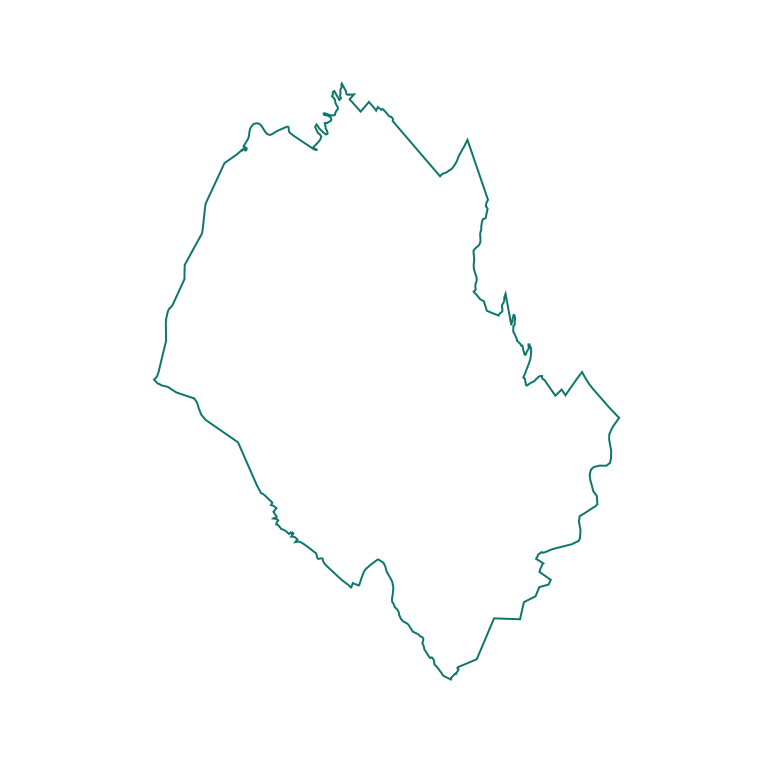 Bascov, Arges, Romania (Equal Earth projection), rotated 80°
{"feature_id": "2599482B67897088940014", "entity_name": "Bascov", "entity_type": "district", "adm_level": 2, "iso_a3": "ROU", "parent_name": "Romania", "parent_adm1": "Arges", "projection": "equal_earth", "projection_center": [24.784, 44.893], "detail": "fine", "context": "isolated", "style": "outline", "palette": "teal", "viewbox_px": 768, "rotation_deg": 80, "n_neighbors": 0, "source": "geoboundaries", "source_scale": "gbopen_adm2", "svg_char_len": 6136}
<svg xmlns="http://www.w3.org/2000/svg" viewBox="0 0 768 768"><g transform="rotate(80 384 384)"><path d="M339.8,609.7L344.3,606.7L345.1,605.2L346.7,603.4L349.3,597.4L356.3,589.9L365.3,573.4L370.0,571.3L376.1,570.6L382.5,569.3L388.3,566.0L416.1,537.9L462.4,526.6L470.1,524.0L471.5,522.0L473.7,520.2L476.4,518.3L481.3,514.6L483.6,516.3L484.3,514.8L485.1,513.8L487.6,511.5L490.6,515.1L492.4,514.4L493.9,513.7L495.9,512.7L496.6,513.1L497.0,514.7L496.9,515.8L497.2,516.4L498.4,513.0L499.9,511.8L501.4,513.4L503.5,514.6L503.8,513.6L504.3,513.1L504.8,512.5L505.7,512.2L507.2,511.2L508.8,510.5L510.1,508.3L510.9,507.2L512.5,505.6L515.3,503.5L514.0,501.7L515.2,501.0L514.4,499.9L515.4,499.2L518.2,501.9L518.9,499.1L519.7,498.1L522.0,496.3L524.3,498.8L524.3,495.6L524.7,494.4L525.4,493.4L527.2,491.3L529.9,488.6L538.6,480.6L539.5,480.2L543.5,479.9L544.5,479.5L544.8,479.0L544.8,475.6L545.1,475.0L545.8,474.7L548.0,474.6L549.2,474.4L550.7,473.7L552.5,472.6L559.1,467.6L565.9,462.5L569.9,459.4L575.9,453.8L578.7,452.0L578.7,451.7L576.9,450.5L574.6,449.3L578.1,443.9L577.8,443.4L570.6,439.5L566.5,437.1L564.8,435.8L563.8,434.9L562.8,433.7L559.5,428.2L558.3,425.7L555.7,420.6L556.7,419.0L560.1,415.5L564.5,414.3L567.6,414.2L569.4,413.9L578.3,410.7L580.8,410.2L586.3,410.2L593.1,412.0L595.7,413.1L599.4,413.8L600.6,413.5L602.2,412.8L605.6,412.1L608.8,409.9L610.1,409.4L611.7,409.1L613.9,409.2L618.1,408.2L621.3,406.2L623.5,403.2L625.2,401.8L632.8,398.7L636.5,393.6L638.5,392.4L639.9,390.3L641.5,389.5L643.9,390.1L645.8,391.3L648.6,390.5L652.6,390.3L656.6,388.5L658.2,388.0L661.9,386.1L661.5,384.5L663.4,383.3L665.2,382.8L669.1,383.0L671.4,381.2L673.9,379.9L679.6,377.1L680.5,377.0L682.2,375.6L687.3,368.5L685.9,370.1L681.5,364.1L682.1,363.6L678.2,360.2L677.2,360.9L676.7,361.0L676.0,360.1L675.7,360.3L675.6,360.1L675.5,359.4L671.2,340.5L633.9,316.3L639.3,290.9L623.1,284.1L619.4,271.6L611.0,266.4L610.1,256.7L605.8,253.8L596.1,263.5L593.0,262.0L589.0,259.2L588.3,258.2L582.6,264.6L580.5,262.9L580.3,262.7L578.6,261.5L576.9,258.0L577.8,257.0L577.4,253.3L576.2,248.7L575.7,244.5L574.4,226.9L572.3,219.5L569.9,217.8L561.7,215.8L553.3,216.0L548.1,214.2L546.5,209.9L542.4,200.3L541.0,196.8L539.3,194.7L531.1,193.9L526.2,196.4L520.6,196.9L514.2,197.5L508.9,197.2L504.2,195.0L502.2,191.8L501.8,185.3L502.4,183.3L503.0,179.0L501.0,175.2L496.8,173.4L489.4,171.9L477.9,171.9L472.7,170.9L468.2,167.9L464.7,165.0L458.2,158.3L446.4,166.2L424.7,179.3L419.6,182.0L413.1,184.7L406.6,186.9L412.4,193.1L426.3,207.0L426.6,207.2L420.3,210.1L423.8,215.0L425.3,217.3L408.7,224.9L407.9,225.3L407.5,225.7L407.1,226.2L406.8,226.8L406.4,227.0L405.7,227.1L404.8,227.2L403.6,227.0L403.3,229.1L404.1,231.1L404.9,231.9L405.6,233.5L406.9,234.8L407.6,236.4L408.1,238.3L408.7,240.2L410.3,243.3L410.1,244.0L409.5,244.3L403.9,244.4L403.1,244.4L402.0,245.6L401.6,245.6L397.7,242.9L395.3,241.6L389.9,238.3L385.0,235.6L380.1,234.0L376.2,233.2L373.7,233.0L373.6,233.8L371.9,233.7L370.2,233.9L370.1,234.9L373.9,235.2L374.4,235.5L377.1,237.8L378.6,238.7L379.1,239.0L379.6,239.3L379.8,239.6L379.7,240.1L379.4,240.4L379.0,240.5L377.8,240.5L375.4,240.9L370.2,241.0L370.1,242.2L368.8,242.5L368.0,242.8L367.6,243.4L365.7,244.5L364.6,245.5L363.9,245.6L363.4,245.4L362.9,245.4L361.9,245.6L361.2,245.7L360.2,246.0L359.5,246.3L358.6,246.4L357.9,246.5L357.0,247.0L354.7,247.6L353.4,247.4L351.0,246.8L350.3,246.8L349.3,246.2L348.5,245.3L347.5,244.7L344.8,244.5L343.2,243.7L341.4,243.5L339.6,243.7L339.0,243.5L338.5,244.4L340.3,245.2L348.2,248.4L316.2,248.6L319.3,250.4L322.6,251.0L324.8,252.2L326.0,253.4L326.8,254.0L327.5,254.3L328.3,254.4L329.5,254.4L331.5,254.5L332.9,254.8L333.4,255.3L334.7,257.7L335.5,258.6L336.5,259.2L333.8,263.7L329.7,270.0L319.8,271.3L317.3,274.5L311.9,277.5L308.7,279.7L306.9,277.3L304.1,277.2L301.3,276.5L299.0,275.0L295.4,274.3L286.8,275.5L282.7,275.1L276.9,273.5L268.4,272.8L266.2,270.5L263.9,266.5L261.8,264.9L259.2,264.0L252.7,263.2L248.1,261.2L245.9,260.9L241.5,259.4L238.9,258.0L238.4,255.2L229.4,251.5L226.4,252.8L223.2,251.6L220.7,249.6L158.1,259.4L164.8,264.4L166.8,266.3L168.5,267.5L172.5,270.8L177.4,273.7L180.0,275.9L181.8,277.6L183.0,278.9L184.2,280.6L185.1,282.9L186.5,285.7L186.8,288.3L187.3,289.9L188.1,291.4L189.2,292.7L144.8,319.0L126.5,329.8L125.1,329.2L123.9,329.4L123.3,329.8L123.0,329.9L122.1,330.5L122.1,330.8L121.2,332.4L116.6,335.1L113.8,336.9L112.9,337.8L113.6,338.9L110.2,342.0L113.4,344.3L110.7,345.6L105.8,348.6L103.6,349.8L111.7,359.7L97.6,368.4L93.6,363.3L93.3,366.1L92.8,368.5L93.0,368.5L92.6,369.9L92.4,370.4L92.0,370.6L89.2,370.6L80.7,373.4L81.5,374.0L83.5,374.1L84.8,374.4L86.7,376.0L90.8,376.4L92.6,377.4L95.2,376.7L96.5,378.7L86.8,382.1L87.1,382.8L87.3,383.1L88.0,383.9L90.0,384.0L91.6,385.3L93.6,383.7L94.5,383.5L94.5,383.3L96.4,383.0L99.4,382.9L101.2,382.3L103.8,381.4L105.3,381.8L105.9,382.4L106.6,383.5L108.6,384.8L110.6,385.8L110.8,387.1L110.2,388.6L110.6,390.1L109.8,390.5L107.6,394.3L107.1,395.6L107.1,396.4L108.0,396.5L108.3,396.1L108.0,395.8L108.8,395.8L110.2,392.1L112.3,390.2L114.4,389.9L115.6,390.6L116.0,391.9L116.4,393.6L117.2,394.5L116.7,396.9L116.7,397.0L120.7,396.9L122.2,397.1L123.8,396.5L125.6,396.1L127.5,396.0L128.1,396.8L128.2,397.9L125.9,400.0L121.2,403.3L116.7,405.3L118.6,407.1L118.8,407.2L119.0,407.2L125.5,405.4L126.8,403.9L129.4,402.8L132.2,404.3L134.4,406.7L138.9,412.9L140.0,411.7L141.4,409.6L141.9,409.8L141.4,411.2L140.0,413.0L123.8,429.9L120.2,433.1L118.9,433.6L116.6,433.6L114.7,433.4L114.0,433.8L113.8,435.3L116.4,445.7L118.6,451.0L118.9,453.0L118.2,454.7L116.3,456.6L107.6,460.3L105.9,462.1L105.1,464.3L105.3,467.4L108.0,470.5L109.7,471.6L111.7,472.5L116.6,474.0L119.4,475.6L122.4,478.4L125.4,480.9L128.0,478.3L128.4,478.6L129.0,478.6L129.5,478.8L129.8,479.1L130.0,479.5L130.0,479.9L129.7,480.3L129.3,480.7L128.9,480.8L128.6,480.6L127.7,481.6L129.5,483.3L129.0,483.9L129.5,484.3L132.3,488.9L138.7,502.7L175.1,528.1L177.2,529.0L193.0,533.6L202.1,536.3L204.7,537.5L213.9,545.0L232.2,559.6L239.6,561.1L246.1,562.3L270.2,579.0L272.9,582.9L275.3,584.4L282.2,587.3L286.2,588.3L303.6,591.1L308.8,593.3L311.8,594.7L333.4,604.1L337.4,606.4L339.8,609.7Z" fill="none" stroke="#0f766e" stroke-width="2"/></g></svg>